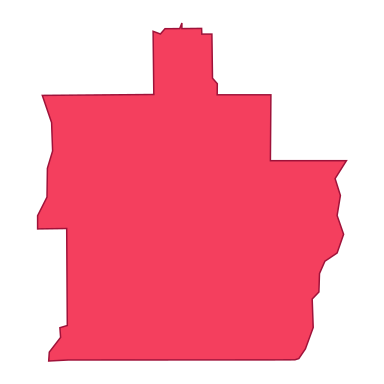 the district of Pike, Alabama, United States of America
{"feature_id": "52423323B73218040263092", "entity_name": "Pike", "entity_type": "district", "adm_level": 2, "iso_a3": "USA", "parent_name": "United States of America", "parent_adm1": "Alabama", "projection": "equal_earth", "projection_center": [-85.928, 31.839], "detail": "fine", "context": "isolated", "style": "filled", "palette": "rose", "viewbox_px": 384, "rotation_deg": 0, "n_neighbors": 0, "source": "geoboundaries", "source_scale": "gbopen_adm2", "svg_char_len": 642}
<svg xmlns="http://www.w3.org/2000/svg" viewBox="0 0 384 384"><path d="M153.1,31.3L153.8,94.5L42.3,95.4L51.6,122.6L52.6,151.0L47.4,168.3L47.0,197.1L37.6,215.7L37.6,228.9L66.7,228.5L67.3,325.5L59.9,327.7L60.6,337.4L49.3,352.1L48.7,361.0L68.0,360.0L271.6,359.9L294.9,359.8L298.8,358.6L305.4,348.9L313.2,327.5L312.2,299.0L318.9,292.0L319.5,273.5L324.9,261.2L337.1,253.0L343.6,234.3L337.1,215.5L340.4,195.5L335.1,178.6L346.4,160.7L270.4,160.7L270.9,94.8L217.2,94.8L217.3,83.7L212.5,78.2L211.9,34.1L201.8,34.1L201.6,28.4L181.9,28.6L181.9,23.0L179.7,28.6L165.0,28.7L160.4,34.0L153.1,31.3Z" fill="#f43f5e" stroke="#9f1239" stroke-width="1.5"/></svg>